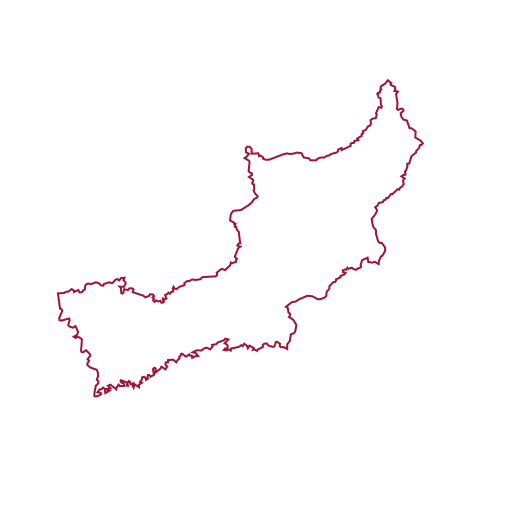 Pinheiro Machado, Rio Grande do Sul, Brazil, rotated 232°
{"feature_id": "56859067B26662322490068", "entity_name": "Pinheiro Machado", "entity_type": "district", "adm_level": 2, "iso_a3": "BRA", "parent_name": "Brazil", "parent_adm1": "Rio Grande do Sul", "projection": "natural_earth1", "projection_center": [-53.403, -31.408], "detail": "fine", "context": "isolated", "style": "outline", "palette": "rose", "viewbox_px": 512, "rotation_deg": 232, "n_neighbors": 0, "source": "geoboundaries", "source_scale": "gbopen_adm2", "svg_char_len": 6065}
<svg xmlns="http://www.w3.org/2000/svg" viewBox="0 0 512 512"><g transform="rotate(232 256 256)"><path d="M163.5,223.3L167.2,226.2L168.2,230.3L172.8,235.2L171.8,238.7L172.8,240.9L176.8,245.4L183.0,246.1L187.7,244.4L188.2,246.1L189.6,247.3L191.6,246.8L195.6,249.1L197.5,248.3L197.6,255.7L195.7,259.2L195.4,263.1L193.0,272.0L189.6,275.6L183.9,278.1L182.2,280.4L181.0,284.7L181.3,286.8L184.3,289.7L185.0,293.7L187.0,295.2L187.8,300.9L186.9,302.3L187.4,304.0L188.3,304.6L187.2,309.5L188.3,310.3L187.0,314.6L187.7,316.2L189.9,314.6L191.2,315.5L190.8,317.6L189.5,318.8L190.5,320.8L188.9,321.1L187.9,324.3L185.7,324.7L183.4,326.5L183.6,328.4L182.7,330.4L182.8,332.2L184.5,332.9L187.4,337.0L186.0,342.9L182.2,340.8L179.1,343.6L178.2,346.1L174.1,347.7L176.7,350.1L178.8,354.4L178.4,355.8L180.6,361.1L183.4,363.0L189.0,363.2L189.9,361.7L192.3,361.2L199.6,364.2L202.7,366.5L206.5,366.3L209.9,367.7L214.0,369.9L215.6,376.4L217.4,379.6L221.1,380.0L220.9,382.7L222.2,385.4L220.4,389.3L221.3,391.0L220.6,392.8L221.5,394.4L220.5,395.7L221.7,400.6L220.8,401.8L221.5,408.7L220.2,409.5L221.1,411.7L220.8,413.7L221.7,416.7L224.4,417.9L225.4,419.1L225.6,420.9L229.3,419.6L229.2,422.0L228.0,423.8L231.0,425.4L231.0,426.8L233.2,430.3L235.6,432.0L234.5,433.6L238.9,440.0L239.0,445.8L240.0,446.7L240.9,451.3L242.5,453.5L241.7,455.1L242.0,456.8L245.5,456.8L251.2,454.5L256.0,458.5L260.9,457.2L262.1,455.7L269.9,458.3L272.8,456.1L276.0,456.2L279.4,457.8L279.6,461.6L280.7,462.2L281.9,462.1L283.1,460.5L283.5,458.0L285.0,457.5L289.4,461.7L297.3,466.0L298.2,469.0L300.9,466.7L302.2,468.9L303.9,469.6L307.4,467.6L308.7,467.8L309.0,469.1L313.3,468.1L312.3,463.6L312.8,458.9L311.5,457.3L310.0,457.2L310.0,455.5L308.5,454.3L309.5,452.4L308.9,451.2L307.3,451.3L305.9,450.2L303.5,451.2L298.5,447.7L296.3,447.3L295.7,446.0L297.8,444.4L294.6,438.4L293.0,438.2L290.9,435.1L292.5,432.4L292.6,429.8L290.0,428.5L288.5,426.5L289.2,424.2L287.8,420.3L288.6,417.1L286.8,416.2L287.1,414.4L285.6,413.3L286.3,408.1L284.3,407.9L286.1,404.4L284.9,402.7L286.1,400.8L286.0,399.4L284.5,398.4L286.2,391.0L286.8,388.7L288.4,389.9L289.3,386.4L288.0,384.9L287.9,383.3L290.3,377.6L290.1,375.7L291.3,373.6L291.6,370.4L294.0,367.2L294.8,363.6L294.2,362.5L297.9,357.8L300.4,357.8L304.3,354.3L309.0,355.2L312.3,351.9L313.5,348.8L315.5,345.5L317.7,343.7L319.2,340.6L323.8,325.7L325.8,323.0L328.2,321.5L329.3,322.3L332.6,321.3L332.9,319.8L335.5,321.1L339.3,315.5L343.1,318.5L346.1,318.2L347.6,316.3L347.1,314.2L343.9,311.9L340.9,313.5L340.0,310.0L340.2,307.3L335.8,309.0L334.0,308.8L327.5,302.5L325.8,302.4L323.7,303.6L322.3,302.6L322.6,299.1L317.8,300.7L316.6,299.7L316.0,297.9L314.7,297.6L313.7,298.4L310.0,296.1L309.0,294.4L305.7,293.7L302.1,294.2L301.4,292.8L302.0,289.5L300.8,285.3L300.6,281.5L301.5,272.5L305.6,265.8L304.4,261.8L299.9,257.4L295.7,259.3L294.7,258.5L293.9,259.5L292.2,257.3L291.1,258.3L288.6,257.1L285.6,257.3L275.7,251.3L276.6,250.0L275.7,247.7L273.0,249.4L273.1,246.7L268.4,238.7L265.4,239.2L265.1,237.6L263.7,236.6L265.1,232.6L266.4,232.1L264.7,230.2L263.9,223.1L266.9,221.1L267.2,219.2L267.0,214.7L265.1,213.8L264.7,211.8L272.1,201.2L272.4,199.7L271.8,198.2L274.1,193.9L276.8,191.2L277.3,188.2L278.7,186.1L278.7,182.9L277.1,181.7L278.8,177.1L278.9,172.7L280.0,171.9L282.5,172.0L281.4,170.1L279.0,169.0L279.8,167.1L279.3,164.8L281.0,164.5L280.7,162.2L281.2,160.3L277.7,159.3L277.9,157.2L279.7,156.6L278.6,155.5L276.5,155.1L276.7,153.4L277.8,152.6L279.6,153.1L280.3,151.0L282.6,149.9L282.3,147.8L284.5,147.6L285.2,149.3L287.0,149.0L287.1,150.9L288.9,151.2L291.2,148.8L290.4,147.4L291.5,143.3L294.1,142.8L303.4,136.6L305.1,139.0L306.4,138.7L308.4,136.6L308.0,134.1L311.0,131.7L308.8,129.0L308.6,127.6L309.6,127.0L314.2,129.9L315.8,129.7L313.0,132.9L314.4,136.2L315.7,136.9L318.6,136.7L319.9,138.9L321.6,136.2L321.0,133.0L323.0,132.7L323.8,131.1L323.1,125.9L325.9,123.8L327.6,118.7L326.6,117.4L328.3,115.8L331.3,115.4L333.9,113.6L335.4,108.6L337.1,107.4L338.2,105.5L337.9,103.3L334.9,100.3L335.4,99.0L334.6,96.7L335.9,94.5L338.6,95.1L339.6,90.5L340.5,91.3L343.4,90.4L343.6,86.0L344.9,83.9L344.9,82.1L348.5,76.9L335.1,69.1L334.0,69.9L332.2,69.8L328.4,62.9L326.4,61.6L324.9,62.9L321.8,70.3L320.0,69.5L317.2,65.5L315.7,65.4L312.2,67.6L311.9,70.6L305.6,69.0L304.0,66.3L304.6,62.7L302.3,63.5L302.5,65.2L300.5,66.8L297.5,67.5L289.0,59.8L287.6,59.4L286.6,60.3L286.4,64.1L280.5,64.7L279.5,64.1L278.4,59.7L276.3,60.0L274.8,56.5L273.7,56.0L270.1,56.8L264.5,60.4L261.9,59.8L258.5,57.6L256.6,54.4L254.3,54.6L252.8,53.5L252.4,49.9L248.3,45.2L245.3,42.4L243.9,43.2L242.5,47.0L242.6,49.2L243.9,49.3L246.1,47.2L247.2,50.6L246.1,52.1L246.5,54.5L244.6,55.1L240.7,52.8L240.1,57.6L241.6,56.3L243.1,56.5L241.4,59.8L244.9,59.5L244.2,62.1L236.9,63.8L238.1,65.1L239.3,68.5L237.3,68.6L234.8,72.1L237.2,73.4L239.0,72.0L240.5,72.0L241.3,73.0L236.7,76.0L234.8,76.4L235.8,78.7L234.7,79.3L232.1,78.3L231.3,80.9L229.9,78.9L227.6,78.5L229.8,81.3L224.7,83.0L226.6,84.3L226.4,88.0L228.2,87.0L229.2,90.8L230.5,91.4L229.8,93.4L228.0,93.9L226.1,93.0L225.9,95.4L227.8,96.2L228.7,97.6L227.9,98.7L225.8,98.6L225.1,102.3L230.3,105.2L230.5,107.1L229.0,107.7L226.1,104.9L226.0,111.0L227.0,113.4L222.4,114.9L223.7,118.0L225.9,117.6L227.8,119.2L226.4,121.2L228.2,122.5L225.2,127.0L221.3,127.7L222.4,130.6L222.3,132.5L223.6,133.1L223.9,135.5L225.0,136.3L224.6,137.6L219.8,138.8L219.6,142.8L218.0,142.7L217.0,144.2L215.0,143.0L214.5,146.3L212.9,148.8L216.5,148.8L219.1,146.9L218.2,151.2L215.0,155.0L215.1,158.5L214.2,160.6L210.6,162.5L211.5,166.2L213.0,166.6L211.0,170.4L211.4,172.5L209.4,178.8L209.8,180.9L207.3,182.8L206.6,177.6L203.8,178.7L201.7,177.7L200.9,176.5L202.2,174.5L201.7,172.8L199.7,174.6L199.7,176.4L197.0,177.9L198.5,179.4L195.0,186.3L194.8,189.5L193.1,190.1L194.2,192.7L190.9,193.6L188.3,192.8L189.4,195.7L184.7,197.6L183.9,195.9L183.3,197.3L180.6,198.5L181.2,199.9L180.1,205.5L181.7,206.4L181.8,208.6L180.4,210.7L177.7,210.7L174.1,213.2L173.4,214.7L176.0,218.8L175.3,219.9L171.9,220.9L170.7,219.3L168.9,219.3L167.0,221.8L163.5,223.3ZM234.8,76.4L233.5,74.3L232.6,75.1L234.8,76.4Z" fill="none" stroke="#9f1239" stroke-width="2"/></g></svg>